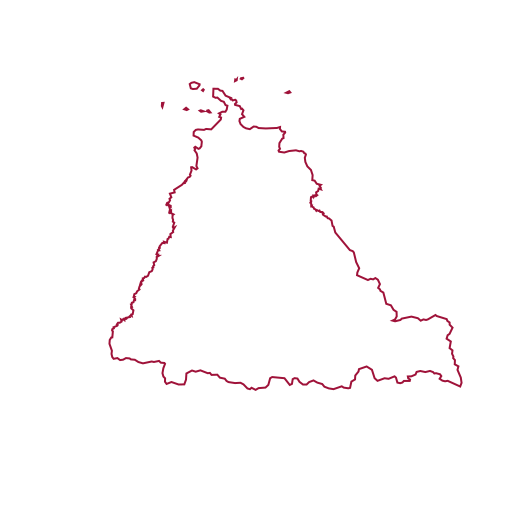 Sawi, Chumphon, Thailand (orthographic projection), rotated 253°
{"feature_id": "78962969B1514020296761", "entity_name": "Sawi", "entity_type": "district", "adm_level": 2, "iso_a3": "THA", "parent_name": "Thailand", "parent_adm1": "Chumphon", "projection": "orthographic", "projection_center": [99.078, 10.244], "detail": "fine", "context": "isolated", "style": "outline", "palette": "rose", "viewbox_px": 512, "rotation_deg": 253, "n_neighbors": 0, "source": "geoboundaries", "source_scale": "gbopen_adm2", "svg_char_len": 6115}
<svg xmlns="http://www.w3.org/2000/svg" viewBox="0 0 512 512"><g transform="rotate(253 256 256)"><path d="M106.0,291.2L106.3,299.9L104.5,301.4L102.5,305.6L102.4,307.4L108.0,310.5L109.0,314.6L112.7,316.0L115.5,320.2L117.7,321.4L118.0,329.5L113.3,333.6L104.5,333.7L101.1,335.7L101.5,343.2L99.8,346.9L100.4,353.3L98.8,354.3L93.6,354.2L92.2,356.7L92.2,359.0L93.3,360.9L91.6,366.5L92.8,367.2L94.5,365.8L96.4,366.0L95.5,369.4L96.0,373.9L98.2,375.7L98.0,379.5L95.5,384.0L95.2,388.8L93.2,391.4L91.5,392.2L91.3,393.9L89.1,397.4L87.0,398.1L84.9,395.7L82.3,397.8L80.9,400.2L80.6,402.8L71.5,413.1L74.6,415.5L79.9,416.3L88.2,415.4L91.3,417.3L94.3,414.4L98.3,415.8L100.7,414.7L102.1,415.4L105.2,414.9L108.3,416.3L111.3,414.2L117.3,417.3L121.2,414.1L124.2,416.1L124.9,418.3L130.0,423.0L133.7,421.1L135.8,421.7L138.0,420.0L139.9,419.9L145.8,411.2L147.1,410.4L145.1,401.7L145.1,399.9L146.4,397.6L146.0,394.6L149.2,392.6L152.6,386.9L153.5,377.1L152.6,375.4L152.9,369.9L154.3,367.7L154.7,370.4L157.1,372.9L161.5,374.1L164.3,371.8L169.4,370.6L172.2,366.6L183.8,367.1L186.3,364.8L187.8,364.8L189.8,363.5L192.9,366.3L197.7,365.6L200.0,363.7L199.4,361.2L200.7,358.9L200.3,356.0L208.1,347.0L210.6,348.1L214.1,351.1L220.9,350.0L230.8,350.6L232.4,349.9L234.2,347.5L255.3,338.7L261.3,338.9L262.4,338.0L267.8,338.6L270.6,336.8L271.2,335.6L273.1,335.2L273.3,334.3L275.8,332.2L276.8,332.1L277.1,333.1L278.6,332.4L279.3,330.3L280.9,330.0L280.8,328.9L282.1,327.7L281.6,326.9L283.3,326.4L284.2,325.3L285.6,325.3L287.0,323.8L287.6,324.1L287.5,323.4L290.6,324.2L291.1,323.6L292.3,324.9L292.9,324.5L296.2,325.8L296.5,327.6L295.9,327.8L296.7,328.2L295.9,328.7L296.9,329.5L296.0,330.5L296.5,330.9L295.8,331.0L296.3,332.3L297.2,331.7L299.3,332.1L300.0,334.4L302.1,335.6L300.8,337.5L302.1,337.2L302.3,337.9L304.5,337.3L305.1,338.8L307.3,335.2L310.9,334.1L312.1,332.0L316.8,333.8L322.2,333.7L326.7,331.3L331.5,330.7L335.7,331.4L338.4,333.4L339.5,333.2L340.2,332.2L341.9,331.8L343.3,329.8L343.4,328.2L345.4,325.1L346.7,318.3L346.7,313.3L349.0,308.5L350.3,308.4L351.5,310.3L353.6,310.1L357.1,311.4L360.5,315.3L360.7,316.8L364.0,317.6L365.5,320.0L366.3,320.1L367.6,317.1L370.5,316.0L372.3,316.7L372.3,313.5L375.1,302.7L377.6,295.9L379.5,294.1L380.5,291.6L379.1,287.2L381.0,283.8L383.1,281.7L386.7,279.8L389.9,279.6L391.9,280.6L392.5,285.5L395.7,284.1L399.0,286.6L401.0,285.7L400.9,284.8L404.1,284.3L406.6,280.2L407.5,280.3L408.6,282.4L410.5,282.5L411.5,281.8L411.6,279.2L412.7,278.9L412.9,277.8L414.2,277.3L414.6,278.1L418.2,273.8L423.7,272.2L424.6,270.2L427.0,268.5L428.4,264.2L421.0,261.6L419.1,263.6L418.8,265.4L414.6,267.9L412.9,270.3L409.2,271.0L408.1,272.6L404.6,270.8L402.9,268.9L403.8,266.0L403.2,262.3L401.8,263.4L399.8,261.5L398.6,263.1L396.8,262.2L390.2,250.2L392.1,245.4L391.8,243.2L394.0,237.5L394.2,235.3L392.8,232.7L389.4,231.5L386.1,235.4L382.6,237.5L381.1,237.6L376.9,235.8L375.4,233.6L375.3,232.3L378.2,229.9L377.7,228.7L376.0,229.0L375.1,228.1L371.4,229.3L367.2,228.9L359.5,225.3L356.9,225.7L356.3,224.0L359.7,220.9L359.8,219.9L356.5,219.3L353.1,216.6L351.9,216.9L351.0,215.6L351.0,214.0L348.6,210.5L348.4,211.5L347.8,211.0L348.2,209.9L345.8,209.1L347.5,208.9L345.7,205.9L343.2,197.0L340.6,196.8L340.8,191.9L336.9,192.2L336.0,190.0L334.4,190.1L332.9,188.5L332.8,186.6L331.2,185.2L330.6,185.7L331.4,187.4L330.2,187.6L329.0,189.1L327.9,188.8L328.5,187.4L325.8,187.4L322.7,185.6L322.3,186.0L323.7,187.9L321.8,187.3L319.9,189.3L319.5,188.2L316.8,187.2L314.7,187.3L313.2,186.5L311.8,187.6L308.1,184.9L306.9,185.1L307.2,186.7L304.5,183.9L303.1,183.8L302.0,180.5L299.0,180.0L299.7,178.6L298.1,177.3L298.1,176.4L294.8,174.7L296.5,172.2L295.1,172.1L295.9,170.3L293.4,166.6L292.0,166.4L292.1,165.7L291.1,165.5L290.6,164.3L289.7,164.8L289.8,163.8L286.9,161.4L286.1,162.8L285.0,161.6L284.6,162.9L284.0,160.7L282.3,160.3L280.3,158.7L279.8,156.2L277.0,156.0L276.3,154.6L275.1,154.5L275.0,153.4L273.4,153.2L272.0,151.9L271.7,149.2L268.7,147.0L268.1,144.9L268.7,143.8L267.7,142.7L267.7,141.2L265.6,141.0L265.4,140.1L266.1,140.1L265.0,138.5L263.2,137.3L263.3,138.4L262.4,138.3L260.9,135.7L259.1,134.5L258.1,134.8L257.0,132.0L255.4,130.6L255.1,128.5L253.2,127.4L252.6,128.0L252.3,126.9L250.2,127.9L249.1,127.5L249.5,126.5L247.6,125.3L247.6,123.6L246.2,123.0L246.2,122.3L243.5,122.5L243.6,121.6L242.4,121.4L239.9,122.9L236.5,121.1L236.5,119.7L235.1,119.6L235.9,118.9L235.2,117.4L234.5,117.5L234.9,113.7L234.0,113.9L233.8,113.3L234.5,111.8L233.1,111.4L234.4,110.4L233.8,109.2L234.7,108.4L232.6,108.3L232.0,106.2L232.5,104.5L231.3,103.0L230.5,103.6L229.9,103.0L229.5,98.9L228.4,98.9L228.0,97.1L226.8,96.6L225.8,97.1L220.2,94.8L220.4,93.8L218.5,91.6L214.9,90.2L207.5,90.5L204.6,89.2L201.4,89.0L199.3,89.8L198.9,93.6L196.2,95.6L195.7,98.6L196.4,101.8L195.0,105.2L193.7,106.1L192.2,109.8L189.0,112.5L186.4,116.5L185.6,125.4L184.5,127.4L184.0,132.6L181.8,133.8L180.5,137.1L179.5,137.5L175.8,134.6L171.3,132.3L167.8,132.2L165.6,133.3L162.4,132.2L159.8,133.1L160.2,138.3L155.7,144.5L154.2,149.9L158.2,152.9L164.0,155.1L165.2,161.3L163.0,164.5L162.9,169.4L158.0,175.6L157.7,177.7L155.3,178.7L153.8,184.3L150.2,185.9L147.8,190.3L145.1,191.3L143.5,192.8L140.6,198.8L139.3,204.1L136.9,206.5L131.8,209.1L130.4,211.3L131.3,213.2L128.1,216.5L128.9,219.8L127.4,226.6L129.1,230.1L135.0,233.8L135.5,236.1L130.8,247.5L122.8,250.6L123.2,253.0L127.5,255.1L127.9,257.2L126.7,259.8L122.9,260.8L119.3,263.4L118.3,266.8L119.9,269.9L120.2,274.6L117.0,277.6L114.2,281.9L111.0,283.2L108.1,286.9L106.0,291.2ZM436.7,252.3L440.3,247.8L440.5,244.9L439.8,242.9L435.4,242.7L434.1,244.5L433.3,248.3L435.7,251.8L436.7,252.3ZM427.0,209.8L425.8,210.0L429.5,212.3L429.8,210.9L427.0,209.8ZM417.3,230.3L415.8,232.4L416.1,233.9L418.2,232.5L417.3,230.3ZM409.3,253.3L409.4,251.9L408.8,251.4L406.8,253.3L406.6,254.4L409.3,253.3ZM402.4,336.6L403.9,336.0L403.3,332.6L402.3,334.2L402.4,336.6ZM430.1,296.6L430.4,293.6L430.0,293.2L429.1,294.2L430.1,296.6ZM409.7,248.2L411.5,245.8L411.4,244.7L410.0,245.7L409.7,248.2ZM430.6,289.3L430.2,288.7L430.9,287.8L429.4,287.1L429.7,288.9L430.6,289.3ZM430.2,254.6L430.9,254.2L430.3,252.9L429.3,253.6L430.2,254.6Z" fill="none" stroke="#9f1239" stroke-width="2"/></g></svg>